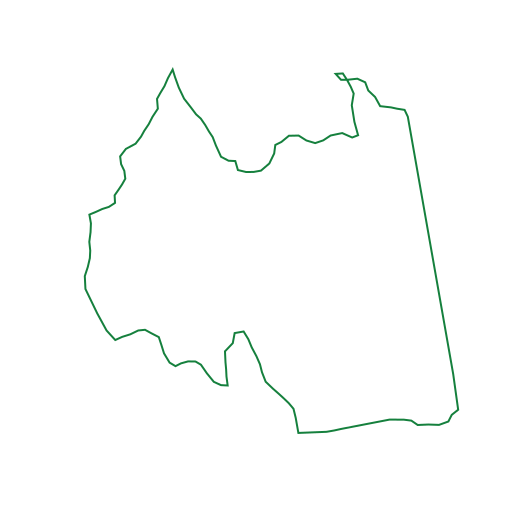 Ibiraçu, Espírito Santo, Brazil (Robinson projection), rotated 350°
{"feature_id": "56859067B2764192939297", "entity_name": "Ibiraçu", "entity_type": "district", "adm_level": 2, "iso_a3": "BRA", "parent_name": "Brazil", "parent_adm1": "Espírito Santo", "projection": "robinson", "projection_center": [-40.429, -19.829], "detail": "fine", "context": "isolated", "style": "outline", "palette": "green", "viewbox_px": 512, "rotation_deg": 350, "n_neighbors": 0, "source": "geoboundaries", "source_scale": "gbopen_adm2", "svg_char_len": 1903}
<svg xmlns="http://www.w3.org/2000/svg" viewBox="0 0 512 512"><g transform="rotate(350 256 256)"><path d="M427.7,137.9L420.4,135.4L414.8,133.1L404.3,130.0L400.9,120.1L395.3,112.5L393.7,103.9L386.6,99.0L376.2,98.3L378.7,105.8L380.4,113.0L376.5,124.2L376.2,141.0L377.5,154.8L371.3,156.0L362.2,149.9L350.4,150.3L342.3,153.8L333.9,155.1L325.7,151.0L318.9,144.8L309.3,143.3L300.8,148.1L294.3,150.0L291.7,158.2L285.2,167.2L275.7,172.8L268.3,172.8L260.9,171.6L253.1,168.2L252.1,158.9L245.5,157.4L238.8,152.2L235.7,140.2L234.0,131.4L231.3,125.2L228.7,118.1L225.5,111.1L221.6,106.1L217.7,98.4L212.5,88.6L209.2,76.7L207.3,65.7L206.3,57.9L200.2,65.5L195.3,72.9L190.3,78.6L185.8,84.1L184.9,93.9L178.3,100.9L173.2,107.6L167.7,113.3L163.5,118.5L156.9,124.5L146.5,127.9L139.5,134.3L139.1,142.1L141.1,149.3L140.7,157.2L136.5,162.3L132.2,166.8L127.3,171.7L126.4,179.2L119.6,182.1L112.8,183.0L106.3,184.7L99.1,186.3L99.1,195.2L97.2,203.8L94.3,213.1L93.7,221.9L92.0,229.3L88.5,237.5L83.9,246.1L82.3,258.9L89.7,285.0L95.9,303.4L102.8,314.3L110.2,312.4L118.6,311.3L127.1,308.9L133.9,309.4L139.5,313.9L146.2,319.0L147.4,327.3L148.5,335.9L152.4,346.0L157.6,350.5L163.5,348.7L170.8,348.0L178.1,349.4L182.9,353.5L187.2,362.9L192.6,372.6L199.1,377.1L205.6,378.6L206.0,369.6L206.9,362.4L207.5,355.3L208.9,344.5L218.0,337.8L221.6,328.2L230.7,328.2L234.0,336.6L235.9,345.2L239.0,354.7L241.1,363.3L241.7,371.5L243.7,381.5L249.8,389.8L254.3,395.4L258.3,400.6L262.7,406.6L266.4,413.0L267.0,422.3L267.0,429.5L267.0,437.6L295.0,441.4L302.8,441.4L309.9,441.1L359.2,440.3L373.3,442.9L380.4,445.1L385.9,450.5L396.5,451.9L406.9,454.1L416.7,452.4L421.2,446.4L428.4,442.5L429.7,406.6L429.7,387.9L429.7,362.6L429.7,346.0L429.7,335.2L429.7,312.0L429.7,268.5L429.7,245.6L429.7,236.0L429.7,223.2L429.7,194.0L429.7,145.2L427.7,137.9ZM376.2,98.3L373.2,91.3L366.1,90.5L370.3,97.2L376.2,98.3Z" fill="none" stroke="#15803d" stroke-width="2"/></g></svg>